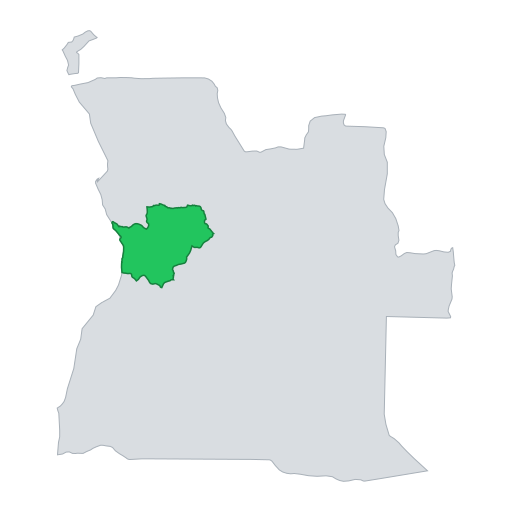 Cuanza Sul on a map of Angola (Albers equal-area conic projection)
{"feature_id": "AGO-1879", "entity_name": "Cuanza Sul", "entity_type": "Province", "adm_level": 1, "iso_a3": "AGO", "parent_name": "Angola", "parent_adm1": "", "projection": "albers", "projection_center": [15.061, -10.94], "detail": "fine", "context": "in_parent", "style": "filled", "palette": "green", "viewbox_px": 512, "rotation_deg": 0, "n_neighbors": 0, "source": "natural_earth", "source_scale": "10m", "svg_char_len": 8199}
<svg xmlns="http://www.w3.org/2000/svg" viewBox="0 0 512 512"><path d="M452.7,247.7L453.3,252.0L453.8,258.1L454.2,262.4L454.6,264.4L454.8,265.4L454.2,266.5L453.6,269.1L452.6,271.4L452.1,273.0L452.4,276.0L451.5,284.6L451.2,288.9L452.2,296.7L452.0,299.0L449.1,306.0L448.3,309.6L448.1,311.4L450.7,316.7L450.5,317.8L448.4,318.0L446.6,318.1L386.4,316.5L384.4,406.5L384.2,414.1L385.9,424.3L389.2,435.4L390.6,436.5L394.1,438.6L398.9,442.8L401.6,446.0L407.0,451.6L414.3,458.7L427.5,470.8L382.2,478.3L364.8,481.1L363.3,481.0L360.8,479.8L355.2,479.4L348.7,480.9L343.5,481.3L339.7,480.5L336.0,478.9L332.4,476.7L326.1,475.8L317.1,476.3L308.5,475.7L300.2,474.2L294.2,473.5L290.6,473.8L286.8,473.3L282.7,472.0L279.3,469.9L275.2,465.4L272.0,461.2L271.2,460.6L270.2,460.0L269.2,459.8L251.3,459.4L142.5,458.8L129.9,459.5L128.9,459.4L127.4,458.9L126.3,458.0L122.7,455.6L119.6,453.8L115.4,450.8L112.6,447.5L110.3,446.4L106.2,445.9L103.2,445.3L100.7,445.2L96.3,446.8L93.0,448.3L90.6,449.9L86.5,451.6L83.1,453.4L77.1,453.2L75.8,453.5L72.5,453.4L69.3,451.9L66.1,452.1L62.6,454.0L57.5,454.8L58.5,442.4L59.7,436.8L59.7,430.3L58.8,413.2L57.9,410.8L57.2,408.1L60.4,406.0L62.0,404.3L64.1,401.5L65.6,397.5L67.4,388.7L73.8,368.5L76.8,348.7L80.7,339.2L82.1,328.7L93.2,315.1L95.9,306.7L101.7,302.6L109.9,298.2L115.7,290.4L118.5,285.0L121.7,274.7L121.7,263.9L123.6,249.5L123.2,245.4L120.1,239.7L119.5,235.6L116.6,231.6L113.5,228.6L112.1,223.2L106.7,214.7L105.2,209.0L102.6,204.9L102.2,199.8L100.8,194.5L98.2,189.3L95.6,183.2L95.6,181.4L97.2,179.1L98.7,178.3L98.2,179.5L97.2,180.8L97.4,181.9L107.3,171.2L107.9,169.2L107.6,166.8L107.5,164.0L107.9,160.7L98.3,141.3L90.7,123.2L89.4,114.0L79.3,102.1L75.3,94.3L73.0,88.8L71.3,86.8L71.9,85.7L74.5,85.4L80.2,84.1L88.0,82.6L95.3,79.4L97.2,78.0L101.0,77.7L104.9,78.5L106.4,77.9L107.2,77.8L116.4,77.8L120.2,77.5L127.3,77.6L131.8,77.8L134.3,78.2L141.2,78.7L149.8,78.6L152.8,78.3L164.0,78.1L185.1,77.8L196.1,77.8L204.6,77.9L208.4,79.0L211.9,81.2L213.5,83.2L214.2,84.1L215.3,86.2L217.2,87.8L217.8,90.4L217.2,93.8L217.5,98.0L218.6,102.8L220.9,107.9L224.3,113.3L225.8,117.5L225.4,120.6L226.4,124.0L229.0,127.5L230.9,129.3L232.0,130.8L234.9,136.1L244.3,151.2L245.8,151.9L247.9,151.7L252.3,151.1L256.7,151.0L259.9,152.4L261.1,152.1L265.9,149.6L270.6,148.9L275.5,147.9L278.1,146.9L281.1,146.9L289.1,149.1L290.6,149.2L297.1,149.3L303.6,148.2L304.7,139.6L304.8,137.9L306.4,134.7L308.4,131.9L308.7,129.2L308.7,125.6L310.2,121.1L314.6,117.6L321.7,116.1L325.7,115.8L332.1,114.9L341.7,114.1L345.3,114.3L345.6,114.8L343.4,120.9L343.4,122.9L344.1,125.0L345.7,126.1L364.8,126.7L383.3,127.8L384.3,128.1L385.1,128.6L386.2,131.7L385.8,137.7L383.8,146.3L384.3,154.5L387.3,162.2L387.3,173.8L384.5,189.5L383.7,199.4L385.0,203.6L387.9,208.0L392.4,212.7L395.8,218.6L398.2,225.9L399.0,230.5L398.2,232.4L398.2,235.6L398.9,240.3L397.9,243.3L395.4,244.8L394.5,246.8L395.7,250.8L395.9,254.5L397.6,256.9L398.7,257.1L401.3,255.8L404.4,253.5L406.8,252.5L410.3,252.8L415.1,253.6L423.6,254.0L426.2,253.7L434.2,250.6L436.3,250.4L439.4,250.8L443.8,251.9L448.2,252.3L450.5,251.3L450.7,250.0L451.4,248.3L452.7,247.7ZM97.1,37.4L96.6,38.0L92.9,39.5L89.0,40.9L83.9,46.5L81.3,48.9L80.6,49.5L78.3,50.8L76.6,52.0L76.6,52.6L77.8,53.3L78.9,54.5L78.9,63.6L78.5,72.6L77.8,73.3L74.6,73.6L70.3,74.3L68.9,74.7L68.4,73.8L66.9,70.6L67.7,67.5L68.6,65.1L67.5,60.4L65.3,56.2L62.9,50.9L62.2,49.9L64.1,48.2L67.1,44.4L68.3,42.4L71.7,42.0L73.0,40.6L73.9,38.4L74.2,37.1L78.1,36.0L82.7,34.1L85.3,32.1L87.9,30.8L89.6,30.7L90.7,31.2L93.7,34.7L96.2,36.9L97.1,37.4Z" fill="#d9dde1" stroke="#a8b0b8" stroke-width="1"/><path d="M122.0,272.5L121.5,267.3L121.6,263.7L121.7,262.9L122.0,262.3L121.7,262.0L121.7,261.7L121.9,261.3L122.0,260.9L122.0,259.1L122.0,258.8L122.1,258.4L122.8,257.5L122.8,257.1L122.8,256.2L123.6,251.5L123.6,249.6L123.7,247.1L123.5,245.9L123.0,244.9L120.1,240.6L119.8,239.9L119.8,239.4L120.1,238.8L121.1,237.6L121.1,237.1L120.9,236.6L120.5,236.0L119.2,234.9L119.0,234.6L118.8,234.2L115.7,230.5L113.6,228.8L113.1,228.1L113.0,227.5L112.9,225.3L112.8,224.6L112.5,223.8L111.9,222.9L112.3,221.9L112.5,221.7L113.0,221.7L113.3,221.8L113.8,222.2L114.0,222.4L114.1,222.7L114.3,222.8L114.5,222.9L114.8,222.9L115.2,223.0L116.7,223.9L117.1,224.2L117.3,224.4L117.5,224.8L118.5,226.1L118.7,226.6L118.9,226.7L119.1,226.7L119.4,226.6L119.4,226.3L119.4,226.2L119.5,226.1L120.6,226.5L121.1,226.6L122.1,226.6L122.4,226.6L122.7,226.8L122.8,227.0L123.1,227.1L123.4,227.1L125.4,226.9L125.9,226.8L126.5,226.9L127.4,227.2L127.9,227.4L128.2,227.7L128.4,227.9L128.5,228.0L128.8,228.0L129.1,227.9L129.3,227.8L129.9,227.2L131.2,226.6L133.2,224.7L134.0,224.3L134.8,223.9L135.5,223.7L136.3,223.7L137.0,223.7L138.0,223.9L139.0,224.2L141.4,225.3L142.2,226.0L142.8,226.8L144.3,228.1L146.4,229.1L147.4,228.1L148.3,226.7L148.5,225.9L148.7,225.2L148.5,223.7L147.5,222.9L147.0,222.4L146.6,221.6L146.6,220.9L146.8,220.1L147.1,219.3L146.8,218.1L146.2,216.3L146.1,215.5L146.5,214.6L146.9,214.0L147.2,213.1L147.3,211.9L147.2,209.5L146.9,206.9L148.1,206.9L148.8,207.1L149.2,207.1L152.6,206.6L152.9,206.4L153.1,206.2L153.3,205.7L153.5,205.5L153.9,205.5L154.2,205.6L154.6,205.7L155.0,205.4L156.3,205.1L158.9,205.3L159.3,205.0L159.4,204.7L159.3,204.0L159.4,203.7L159.7,203.7L160.0,203.8L161.0,204.0L163.6,205.2L163.9,205.2L164.4,205.3L164.7,205.4L164.7,205.9L165.3,206.0L165.5,206.2L165.6,206.5L165.8,206.6L166.1,206.7L166.7,206.8L166.9,206.9L167.1,207.1L167.5,207.7L167.7,207.8L168.4,207.8L168.8,207.8L169.0,207.9L169.3,207.8L169.9,207.9L170.6,208.2L171.0,208.5L171.5,208.2L172.0,208.3L172.5,208.4L173.0,208.5L173.4,208.4L174.2,208.1L176.7,207.8L176.9,207.8L177.4,208.0L177.7,208.0L177.8,207.8L178.0,207.7L178.9,207.6L179.5,207.8L180.1,207.8L181.0,207.3L181.4,207.4L182.2,207.6L182.8,207.6L185.8,207.4L186.4,207.2L186.8,206.9L187.1,206.4L187.3,206.0L187.4,205.6L187.4,205.4L187.5,205.2L187.9,205.1L188.1,205.2L188.6,205.5L188.8,205.5L189.4,205.6L190.4,205.8L191.1,205.8L191.5,205.7L191.8,205.6L192.1,205.4L192.3,205.2L192.6,205.1L192.9,205.2L193.1,205.4L193.2,205.6L193.6,205.5L193.9,205.4L194.2,205.3L194.7,205.3L194.9,205.4L195.6,206.0L196.0,205.7L196.4,205.7L197.0,205.9L197.7,206.0L199.1,206.1L199.7,206.3L200.3,206.7L200.6,207.1L200.9,207.6L201.1,208.2L201.2,208.9L201.3,209.4L201.7,209.9L202.1,210.3L202.3,210.5L203.2,210.7L203.4,210.8L203.7,211.1L203.8,211.3L204.1,213.4L204.3,214.0L204.8,214.3L206.0,219.2L205.7,219.6L205.1,219.8L204.7,220.2L204.5,220.9L204.5,222.3L204.6,222.9L204.9,223.3L205.1,223.6L205.3,223.7L205.5,223.8L205.9,223.8L206.2,223.8L206.5,224.0L206.8,224.2L208.2,226.0L208.2,226.4L208.0,227.5L208.1,228.0L208.3,228.1L208.5,228.2L209.0,228.6L209.8,229.0L211.7,231.4L211.8,231.6L211.9,231.8L212.7,232.4L213.1,233.3L213.3,233.5L213.6,233.7L212.7,234.2L212.6,234.4L212.5,234.7L212.6,234.9L212.7,235.1L212.8,235.3L212.8,235.5L212.7,235.7L211.8,237.0L211.6,237.2L210.7,237.4L210.1,237.7L208.8,239.4L208.0,240.0L207.2,240.6L205.4,241.5L204.2,242.3L203.4,243.0L202.8,243.8L200.9,246.9L200.3,247.5L199.7,247.8L199.1,247.8L198.8,247.8L198.3,247.6L197.1,247.3L195.2,247.4L194.4,247.4L193.8,247.1L192.0,245.9L190.7,250.3L190.1,251.7L189.5,253.0L187.5,255.9L186.6,256.9L186.7,259.1L186.2,260.8L185.4,262.4L184.5,263.1L181.2,264.0L178.7,264.4L177.8,264.7L176.7,265.3L174.2,266.1L173.0,267.3L172.5,269.6L173.3,270.9L173.4,271.5L173.4,271.8L173.5,272.2L173.6,272.5L173.9,272.8L174.1,273.0L174.2,273.3L174.1,273.5L173.8,273.9L173.8,274.1L173.8,274.3L173.8,274.9L173.8,275.1L173.7,275.3L173.4,275.4L173.2,275.5L173.1,275.9L173.2,276.0L173.4,276.3L173.5,276.5L173.4,277.0L173.4,277.3L173.2,277.9L173.1,278.8L173.2,279.1L173.2,279.3L173.5,279.7L171.9,279.7L171.2,279.8L170.6,280.2L170.2,280.6L169.9,280.8L169.5,280.9L168.5,281.1L164.9,282.4L164.0,283.2L163.4,284.0L161.8,287.6L161.1,287.5L160.4,287.0L160.2,286.5L159.9,285.8L159.3,285.3L156.4,283.8L155.6,283.6L154.9,283.6L153.5,284.0L152.4,284.1L150.5,283.5L149.5,282.2L148.6,280.4L145.5,276.2L144.4,275.4L143.7,275.3L142.9,275.4L142.1,275.7L140.6,276.6L139.9,277.2L138.4,279.4L136.4,280.9L134.8,278.9L134.0,278.2L132.5,277.3L132.0,276.7L131.8,276.0L131.5,274.4L131.1,273.8L130.5,273.5L129.8,273.4L127.9,273.6L125.2,273.1L124.4,273.1L123.6,273.0L122.0,272.5L122.0,272.5Z" fill="#22c55e" stroke="#15803d" stroke-width="1.5"/></svg>